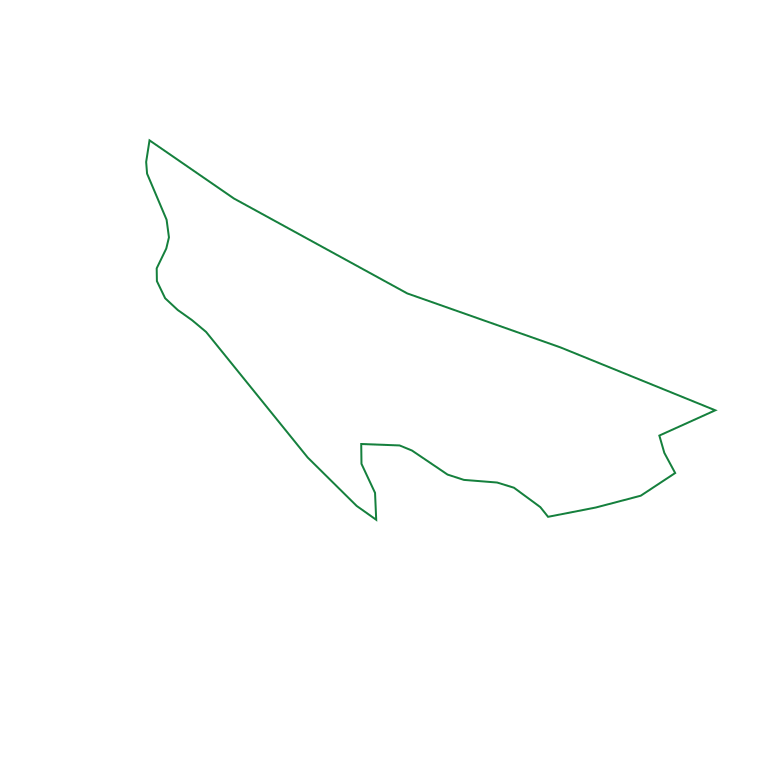 the border of Koboko, rotated 294°
{"feature_id": "UGA-3081", "entity_name": "Koboko", "entity_type": "County", "adm_level": 1, "iso_a3": "UGA", "parent_name": "Uganda", "parent_adm1": "", "projection": "equal_earth", "projection_center": [30.954, 3.522], "detail": "fine", "context": "isolated", "style": "outline", "palette": "green", "viewbox_px": 768, "rotation_deg": 294, "n_neighbors": 0, "source": "natural_earth", "source_scale": "10m", "svg_char_len": 595}
<svg xmlns="http://www.w3.org/2000/svg" viewBox="0 0 768 768"><g transform="rotate(294 384 384)"><path d="M419.2,130.0L430.5,127.9L445.6,118.6L479.8,82.0L490.1,76.4L511.2,70.7L492.4,171.5L476.2,368.4L489.2,530.3L494.7,697.3L448.9,656.5L435.1,668.1L421.1,686.2L386.4,664.0L357.3,627.7L329.4,587.9L335.1,576.9L342.1,544.9L340.0,527.4L328.9,496.0L327.1,478.9L334.6,436.6L334.2,423.2L319.9,387.6L301.9,395.9L280.9,420.1L256.8,432.1L261.5,408.6L285.8,344.2L359.2,200.3L364.2,182.8L367.7,165.5L373.3,149.2L385.6,134.7L397.2,129.3L419.2,130.0Z" fill="none" stroke="#15803d" stroke-width="2"/></g></svg>